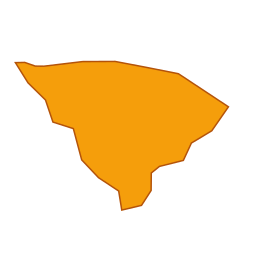 the state/province of Ribeira Grande de Santiago, rotated 172°
{"feature_id": "CPV-5052", "entity_name": "Ribeira Grande de Santiago", "entity_type": "state/province", "adm_level": 1, "iso_a3": "CPV", "parent_name": "Cabo Verde", "parent_adm1": "", "projection": "albers", "projection_center": [-23.611, 14.974], "detail": "fine", "context": "isolated", "style": "filled", "palette": "amber", "viewbox_px": 256, "rotation_deg": 172, "n_neighbors": 0, "source": "natural_earth", "source_scale": "10m", "svg_char_len": 458}
<svg xmlns="http://www.w3.org/2000/svg" viewBox="0 0 256 256"><g transform="rotate(172 128 128)"><path d="M230.4,208.4L221.1,207.3L211.2,202.2L202.6,200.9L163.8,200.1L131.5,195.7L101.7,185.6L70.5,174.7L25.6,135.0L45.4,113.6L67.3,104.3L77.7,88.2L102.2,85.6L111.2,80.2L113.8,62.9L125.4,49.5L145.6,47.6L146.0,66.9L164.1,82.9L178.3,102.9L182.2,135.0L201.5,144.3L205.8,167.2L220.7,186.6L230.4,208.4Z" fill="#f59e0b" stroke="#b45309" stroke-width="1.5"/></g></svg>